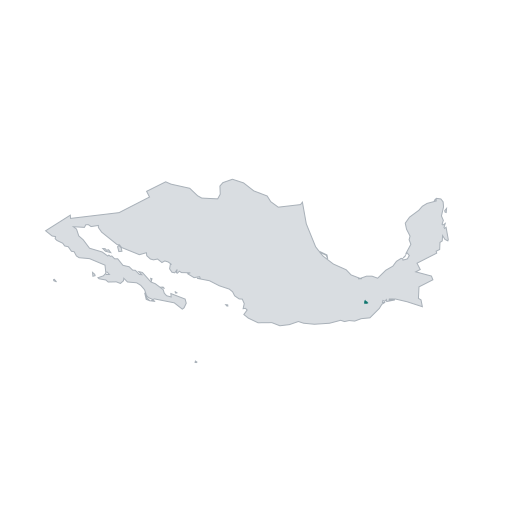 location of San Lorenzo Albarradas, Oaxaca, Mexico, rotated 333°
{"feature_id": "50627088B11055345087016", "entity_name": "San Lorenzo Albarradas", "entity_type": "district", "adm_level": 2, "iso_a3": "MEX", "parent_name": "Mexico", "parent_adm1": "Oaxaca", "projection": "mercator", "projection_center": [-96.232, 16.89], "detail": "fine", "context": "in_parent", "style": "filled", "palette": "teal", "viewbox_px": 512, "rotation_deg": 333, "n_neighbors": 0, "source": "geoboundaries", "source_scale": "gbopen_adm2", "svg_char_len": 4296}
<svg xmlns="http://www.w3.org/2000/svg" viewBox="0 0 512 512"><g transform="rotate(333 256 256)"><path d="M80.0,138.0L109.1,135.3L107.8,138.3L153.7,155.2L187.9,155.1L187.9,148.7L209.2,148.9L212.9,153.4L227.7,165.6L231.3,175.8L234.0,179.8L247.8,187.7L252.2,184.7L255.6,177.3L259.8,175.6L269.8,176.9L278.1,185.2L283.6,197.0L293.2,207.6L293.8,214.3L298.0,222.6L319.0,230.4L321.8,229.1L315.4,250.2L313.3,274.9L314.3,280.2L319.7,287.3L318.6,291.1L318.9,287.3L314.4,281.3L315.8,286.8L321.3,298.3L330.1,309.2L332.1,316.0L338.3,322.9L336.6,322.7L340.1,324.3L339.0,323.3L345.5,324.2L350.2,326.6L354.3,331.0L365.2,327.6L373.3,327.2L378.7,324.5L384.3,324.0L385.5,325.0L385.1,326.4L389.6,327.3L392.8,325.2L392.0,321.6L390.4,322.5L390.8,321.8L399.3,315.9L399.8,311.0L402.3,308.2L402.3,300.4L403.9,294.5L410.4,291.1L421.8,289.2L426.8,287.2L432.3,286.8L441.5,288.8L442.2,287.5L439.8,287.5L442.9,286.5L446.6,289.1L447.3,292.7L445.4,297.4L439.4,304.5L439.1,309.3L436.2,312.2L436.7,313.3L439.4,312.9L436.5,315.9L436.6,317.1L438.4,316.7L434.8,328.6L433.8,329.6L431.9,327.0L431.5,322.5L428.8,327.1L426.1,327.4L422.6,333.6L418.7,333.5L418.3,335.5L396.2,335.5L396.2,342.6L391.1,342.6L403.2,353.5L402.8,357.5L387.2,357.5L381.5,367.5L383.1,370.0L381.2,376.7L369.9,365.4L360.8,357.7L355.3,354.8L354.7,355.6L359.8,358.2L351.8,355.9L352.4,354.0L350.2,354.8L348.9,353.2L347.5,354.9L350.1,355.8L346.1,356.2L342.1,358.7L329.4,362.8L321.3,359.6L314.4,358.8L309.7,355.8L305.1,354.6L302.2,351.7L291.0,349.3L277.0,343.3L267.9,337.5L264.0,333.6L254.6,332.3L245.6,329.0L239.9,322.6L227.5,316.4L220.9,307.8L218.6,302.6L223.6,300.1L222.8,297.8L220.6,297.1L223.9,293.1L224.2,288.2L221.5,286.6L218.9,281.8L218.9,277.3L217.2,273.4L209.8,265.9L203.3,256.9L193.3,249.1L196.2,250.6L196.4,248.8L191.0,247.2L187.1,240.9L189.8,241.1L182.0,236.9L180.9,234.8L178.0,235.6L177.5,234.7L179.7,232.2L176.0,234.1L173.7,232.3L173.2,228.2L175.9,224.5L176.9,225.2L175.0,221.4L172.5,219.0L169.2,219.1L166.9,214.0L162.9,212.9L160.5,210.7L158.8,206.2L159.8,203.3L152.7,201.9L140.1,187.4L139.4,184.0L137.5,182.9L129.3,164.7L128.5,159.1L129.4,157.2L122.4,154.9L120.8,151.9L118.5,150.9L116.1,152.6L106.6,147.0L108.3,150.6L107.2,157.6L109.4,163.1L111.2,173.5L120.8,182.6L123.9,188.7L125.3,188.4L126.1,190.3L127.5,190.5L128.8,194.4L131.5,195.7L133.2,203.9L138.1,208.0L139.7,212.6L142.0,214.0L143.7,219.5L145.7,220.8L144.5,216.7L147.3,219.1L150.6,231.5L153.7,235.0L158.0,243.8L157.4,247.5L158.3,250.8L161.8,254.0L163.1,250.8L173.3,262.2L172.4,266.4L168.4,269.5L166.2,269.9L161.9,260.6L145.9,248.0L144.5,248.1L141.2,244.2L140.5,241.5L141.4,235.5L140.0,229.8L137.5,225.7L129.7,220.8L128.1,215.8L126.7,217.9L122.7,218.9L119.8,215.6L112.5,212.1L111.3,209.2L105.9,205.1L105.3,203.6L111.0,204.4L114.2,203.2L114.2,204.5L117.0,205.9L116.0,202.6L114.7,202.4L117.3,195.6L106.5,182.8L97.6,177.2L96.0,174.4L95.9,169.6L93.7,168.0L92.9,162.5L90.1,160.2L89.6,156.9L85.7,151.8L84.9,149.4L86.2,147.7L83.4,145.6L80.0,138.0ZM139.6,187.6L138.7,190.9L135.8,189.8L136.9,184.9L138.6,184.4L139.6,187.6ZM128.1,187.0L124.0,183.4L122.9,179.8L124.9,181.0L125.4,183.0L127.5,183.5L128.1,187.0ZM445.2,303.6L444.3,302.6L444.8,301.2L447.4,300.1L445.2,303.6ZM141.4,248.1L138.5,244.8L140.1,238.2L139.7,244.2L141.4,248.1ZM103.7,200.5L101.5,200.0L102.9,196.4L104.0,199.1L103.7,200.5ZM66.5,188.5L64.6,186.2L65.0,185.1L65.7,185.2L66.5,188.5ZM143.8,248.2L145.5,250.7L141.9,248.2L143.8,248.2ZM208.6,286.7L208.2,287.8L207.3,287.3L206.9,285.6L208.6,286.7ZM159.1,241.5L159.7,243.5L157.8,240.9L159.1,241.5ZM152.0,228.1L153.0,229.0L151.4,230.8L152.0,228.1ZM155.2,323.7L154.5,323.9L153.4,323.2L154.3,322.1L155.2,323.7ZM388.2,324.1L386.2,324.5L389.6,323.4L388.2,324.1ZM168.8,252.9L167.7,252.7L167.6,250.8L168.8,252.9Z" fill="#d9dde1" stroke="#a8b0b8" stroke-width="1"/><path d="M333.6,347.6L333.4,347.6L333.2,347.5L333.1,347.4L332.9,347.4L332.9,347.2L333.0,347.1L333.3,346.9L333.2,346.8L333.1,346.7L333.0,346.4L332.9,346.4L332.7,346.3L332.7,346.2L332.6,346.3L332.4,346.4L332.3,346.5L332.2,346.5L332.2,346.4L332.1,346.5L332.0,346.8L332.0,347.0L331.9,347.0L331.8,347.4L332.0,347.4L332.0,347.5L332.3,347.6L332.5,347.7L332.7,347.8L332.8,347.7L333.0,347.5L333.1,347.8L333.2,348.1L333.3,348.2L333.5,348.2L333.8,348.2L333.7,347.9L333.7,347.7L333.6,347.6Z" fill="#14b8a6" stroke="#0f766e" stroke-width="1.5"/></g></svg>